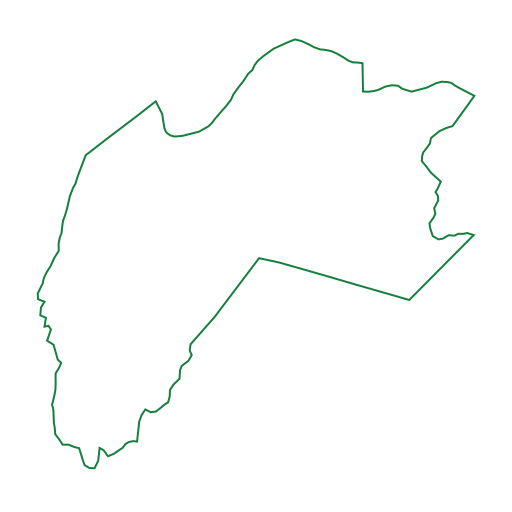 outline of Quixelô, Ceará, Brazil, rotated 182°
{"feature_id": "56859067B76728874600060", "entity_name": "Quixelô", "entity_type": "district", "adm_level": 2, "iso_a3": "BRA", "parent_name": "Brazil", "parent_adm1": "Ceará", "projection": "robinson", "projection_center": [-39.118, -6.155], "detail": "fine", "context": "isolated", "style": "outline", "palette": "green", "viewbox_px": 512, "rotation_deg": 182, "n_neighbors": 0, "source": "geoboundaries", "source_scale": "gbopen_adm2", "svg_char_len": 2324}
<svg xmlns="http://www.w3.org/2000/svg" viewBox="0 0 512 512"><g transform="rotate(182 256 256)"><path d="M39.2,284.5L45.7,286.3L50.3,285.3L54.5,285.3L58.3,283.3L64.1,283.5L69.9,279.9L74.1,279.0L80.0,282.0L82.8,289.5L83.8,294.7L79.9,300.6L78.2,304.5L79.6,309.9L77.8,313.8L75.8,317.8L76.3,322.5L78.8,326.1L76.8,329.7L73.9,336.7L78.1,340.3L84.2,345.5L88.2,350.5L93.4,356.5L93.5,361.3L92.5,365.3L89.2,369.9L86.1,374.5L85.3,379.9L82.0,382.9L76.8,387.3L70.2,390.6L64.1,392.7L48.4,416.1L43.4,423.7L57.3,430.3L63.5,433.5L67.0,435.9L70.7,436.5L76.4,436.7L82.2,434.9L91.2,430.2L106.3,425.7L115.6,428.2L120.0,431.1L126.0,431.4L132.5,429.9L139.7,426.2L144.0,425.0L149.3,424.1L154.8,424.1L156.3,452.4L161.2,452.9L166.0,452.9L170.4,454.4L175.8,457.7L182.4,461.2L188.0,463.4L194.8,464.5L199.1,464.7L205.3,466.7L210.6,469.3L218.0,472.4L224.6,473.8L231.9,470.6L245.6,463.8L255.5,456.1L261.1,451.0L264.2,446.5L266.1,441.7L270.0,438.1L274.8,430.2L278.7,425.0L284.2,416.8L286.5,411.2L291.6,404.1L294.9,400.2L298.1,396.2L301.9,391.5L304.6,387.5L308.0,384.0L317.2,378.3L333.3,373.6L338.1,372.9L342.1,372.6L345.9,373.6L350.0,376.3L351.9,380.3L353.7,388.9L354.6,394.5L361.6,407.1L379.3,392.2L409.4,367.7L426.4,353.5L429.7,350.8L435.7,333.2L437.5,327.5L438.9,322.1L441.3,317.5L444.1,309.3L446.4,297.2L448.2,290.1L450.1,284.5L450.6,279.4L451.2,271.9L452.8,267.4L453.7,261.2L453.3,254.2L457.4,247.3L461.0,238.6L464.8,232.2L467.3,226.4L468.2,221.3L470.6,215.9L472.8,210.9L472.4,205.3L465.8,202.9L469.1,197.0L469.5,189.2L463.8,186.9L464.9,178.0L460.9,179.0L458.4,175.3L461.8,164.1L455.2,160.2L450.5,145.5L447.0,142.5L448.8,137.7L452.2,131.6L451.8,122.4L451.8,115.3L452.8,108.7L454.6,100.3L453.2,95.6L452.6,88.2L452.2,82.1L451.2,77.8L450.4,70.9L445.6,65.0L442.7,60.7L436.8,60.9L430.7,58.7L426.1,57.8L423.7,51.1L421.9,45.7L419.9,40.9L415.0,38.3L410.0,38.2L406.6,45.6L406.2,50.7L405.6,58.7L401.5,56.6L397.0,50.7L391.5,53.2L382.4,59.8L379.9,63.6L376.4,65.7L372.4,66.7L368.4,66.4L366.9,86.5L364.8,93.0L361.2,98.8L355.8,96.2L350.5,97.1L346.1,100.8L342.8,103.9L338.7,106.7L337.3,112.9L337.3,119.2L333.7,124.9L328.2,130.6L327.9,139.3L326.4,143.5L319.7,149.1L316.8,154.8L319.0,159.4L318.3,165.5L295.1,193.8L268.2,232.1L252.9,253.9L232.6,250.3L193.9,240.7L176.0,236.2L155.3,230.9L101.3,217.4L39.2,284.5Z" fill="none" stroke="#15803d" stroke-width="2"/></g></svg>